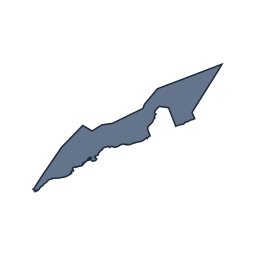 the district of Grindavíkurbær, Suðurnes, Iceland, rotated 339°
{"feature_id": "244011B76002453234506", "entity_name": "Grindavíkurbær", "entity_type": "district", "adm_level": 2, "iso_a3": "ISL", "parent_name": "Iceland", "parent_adm1": "Suðurnes", "projection": "robinson", "projection_center": [-22.33, 63.889], "detail": "fine", "context": "isolated", "style": "filled", "palette": "slate", "viewbox_px": 256, "rotation_deg": 339, "n_neighbors": 0, "source": "geoboundaries", "source_scale": "gbopen_adm2", "svg_char_len": 5141}
<svg xmlns="http://www.w3.org/2000/svg" viewBox="0 0 256 256"><g transform="rotate(339 128 128)"><path d="M188.2,102.0L169.6,101.9L151.8,111.8L149.0,115.1L115.2,118.1L104.9,115.7L93.4,117.9L86.7,109.4L59.0,122.2L29.0,143.0L17.9,151.3L17.5,151.0L17.4,151.1L17.9,151.6L18.0,152.0L18.3,152.5L18.5,152.6L18.4,152.7L18.6,152.7L18.5,152.9L18.9,153.2L18.9,153.3L19.0,153.5L18.9,153.6L19.0,153.7L18.9,153.8L18.6,153.8L18.6,154.0L19.0,153.9L19.0,154.0L19.3,153.8L19.6,153.8L19.8,153.8L19.7,154.0L19.8,154.1L20.5,154.0L20.7,153.9L21.2,153.9L21.3,154.0L21.5,153.8L22.3,153.7L22.9,153.4L23.0,153.3L23.1,153.2L23.4,153.0L23.7,152.7L23.9,152.6L24.7,152.2L24.9,152.0L25.3,151.8L26.1,151.7L26.6,151.4L27.0,151.4L28.1,151.0L28.5,150.9L28.8,150.8L29.7,150.1L30.2,149.8L31.8,149.6L32.8,149.1L33.0,148.9L33.8,148.8L34.8,148.2L35.5,147.9L35.9,147.9L36.5,148.0L37.4,148.2L37.8,148.2L38.2,148.0L38.7,148.0L39.3,148.1L39.8,148.3L41.7,148.5L43.1,149.1L43.4,149.3L43.7,149.4L44.4,149.6L45.2,149.8L45.8,150.0L46.8,150.1L47.4,150.3L48.3,150.4L49.1,150.6L51.1,150.9L52.5,151.2L53.4,151.0L55.8,150.9L56.1,150.8L56.5,150.5L57.8,150.4L58.5,150.3L59.0,150.1L59.2,149.9L59.2,149.7L59.5,149.4L59.4,149.2L59.0,149.2L58.8,149.3L58.8,149.1L59.0,148.9L59.1,148.7L59.7,148.3L60.0,148.2L60.8,148.2L61.1,148.3L61.6,148.6L61.8,148.6L62.0,148.3L62.0,148.2L61.7,148.2L61.2,147.6L61.2,147.4L61.5,147.3L61.6,147.0L61.6,146.8L61.8,146.7L61.9,146.4L61.9,146.2L61.7,146.1L61.8,145.7L62.2,145.4L62.5,145.4L62.9,145.2L63.6,145.3L64.2,145.3L64.4,145.4L64.8,145.6L64.7,145.7L64.7,145.9L64.9,146.0L65.0,145.9L65.3,145.9L65.8,145.9L66.4,145.9L66.4,146.1L66.6,146.2L67.1,146.2L67.3,146.2L67.6,146.0L68.2,146.1L68.6,146.0L68.9,146.0L69.1,146.3L69.6,146.3L70.1,146.5L70.6,146.7L71.1,146.6L71.4,146.5L71.8,146.6L72.9,146.1L72.6,145.8L72.8,145.6L72.7,145.4L72.8,145.1L72.8,144.8L72.9,144.7L73.1,144.6L73.2,144.8L73.2,145.1L73.4,145.0L73.6,145.1L74.1,145.0L74.5,145.1L74.8,145.0L75.0,145.1L75.4,144.9L75.5,144.7L75.1,144.6L75.2,144.4L75.4,144.3L75.8,144.1L76.0,144.2L77.0,144.2L77.4,144.0L78.3,143.9L78.5,143.7L79.5,144.0L79.6,143.9L78.6,143.7L78.7,143.4L78.8,143.3L79.5,143.1L79.8,143.1L79.5,143.0L79.7,142.9L80.0,142.9L79.3,142.7L79.2,142.7L79.3,142.7L79.5,142.5L79.9,142.5L80.0,142.5L81.1,142.3L81.0,141.9L81.5,141.8L82.1,141.8L82.7,142.1L82.8,142.3L81.6,142.5L82.4,142.5L82.8,142.6L82.4,142.8L82.3,142.7L82.3,142.8L82.0,142.9L81.9,142.8L81.6,143.1L80.3,143.0L80.9,143.1L81.3,143.2L81.3,143.4L81.4,143.5L80.5,143.8L80.3,144.0L80.5,144.0L80.5,143.9L81.5,143.6L81.8,144.0L82.1,144.5L82.2,144.9L82.3,145.1L82.2,145.5L82.3,145.6L83.4,146.3L84.0,146.5L84.8,146.7L85.8,146.7L86.3,146.6L87.5,146.0L87.7,145.8L87.8,145.6L87.7,145.1L87.3,144.8L87.2,144.7L86.9,144.3L86.7,144.0L86.7,143.9L87.0,143.6L86.9,143.5L86.6,143.3L86.8,143.0L86.9,142.8L87.0,142.7L87.3,142.5L87.8,142.4L89.6,142.6L90.4,142.5L90.6,142.4L91.0,141.9L91.1,141.7L91.0,141.4L91.2,141.2L91.4,141.0L91.6,140.7L91.9,140.5L93.1,140.1L93.6,139.6L94.6,139.3L95.3,139.4L95.4,139.2L96.0,139.1L96.3,138.9L96.6,138.8L96.8,138.5L96.9,138.2L97.0,138.1L98.0,137.8L98.7,137.7L100.1,137.8L100.9,137.9L101.0,138.0L101.4,138.1L102.0,138.0L102.8,138.2L103.2,138.3L103.2,138.5L103.5,138.7L103.5,138.8L104.0,139.0L103.9,139.4L104.3,139.3L104.8,139.4L105.2,139.3L105.6,139.4L106.0,139.4L106.5,139.4L106.9,139.6L107.0,139.7L107.0,140.0L107.5,140.5L108.1,140.7L108.4,141.2L109.2,141.3L109.6,141.5L109.9,141.3L110.0,141.3L110.5,141.3L110.7,141.5L111.2,141.7L111.8,141.6L112.2,141.4L112.7,141.4L113.0,141.5L113.2,141.4L114.3,141.1L114.8,141.1L115.0,141.2L115.8,140.9L116.2,141.0L116.5,141.0L116.9,141.2L117.1,141.1L117.7,141.2L118.2,141.4L118.2,141.5L118.4,141.8L118.5,141.8L119.0,142.1L119.2,142.4L119.5,142.5L120.3,142.8L120.7,142.8L120.7,143.1L120.8,143.1L121.3,143.3L121.4,143.5L121.7,143.5L121.8,143.6L122.1,143.6L123.1,144.1L123.9,144.1L124.6,144.2L125.1,144.0L125.6,144.0L126.1,144.2L126.9,144.2L128.6,144.0L128.8,144.1L128.8,144.3L129.0,144.4L129.8,144.2L130.0,144.4L131.1,144.4L131.9,144.6L133.1,144.8L133.5,144.8L134.3,145.1L136.5,145.2L138.0,145.0L138.7,144.8L139.0,144.6L139.2,144.4L140.1,144.5L140.6,144.4L141.2,144.1L141.5,144.2L141.8,144.0L142.0,144.1L142.2,144.3L142.4,144.1L142.6,144.2L142.6,144.3L142.8,144.1L142.7,143.9L143.1,143.9L145.5,143.3L145.9,143.3L145.8,137.1L146.7,134.4L148.0,133.5L148.7,133.1L150.5,132.5L153.4,131.0L154.9,129.2L155.4,128.8L156.8,128.3L156.4,126.7L159.1,125.0L158.4,124.4L158.2,123.3L158.7,122.5L160.1,121.4L161.6,120.5L165.0,119.0L168.4,121.1L168.8,120.9L169.2,121.0L169.6,121.2L170.1,121.9L171.0,122.6L171.7,122.9L172.8,123.3L173.0,123.4L173.1,123.5L173.2,143.5L173.7,143.4L174.0,143.5L174.3,143.4L175.0,143.4L176.4,143.4L177.3,143.6L178.3,143.7L179.7,144.1L180.6,144.1L181.5,144.2L181.8,144.1L182.6,143.5L182.8,143.3L183.6,143.2L183.8,143.2L184.0,143.4L184.2,143.2L184.4,143.3L184.6,143.2L185.7,143.4L186.0,143.3L186.3,143.4L186.7,143.3L186.8,143.4L187.0,143.3L187.4,143.3L187.5,143.3L187.8,143.3L188.1,143.2L188.6,143.2L189.0,143.0L189.6,143.0L190.3,143.1L190.7,143.2L191.8,143.3L192.8,143.3L193.6,143.2L193.3,136.4L234.0,105.8L238.6,102.1L188.2,102.0Z" fill="#64748b" stroke="#1e293b" stroke-width="1.5"/></g></svg>